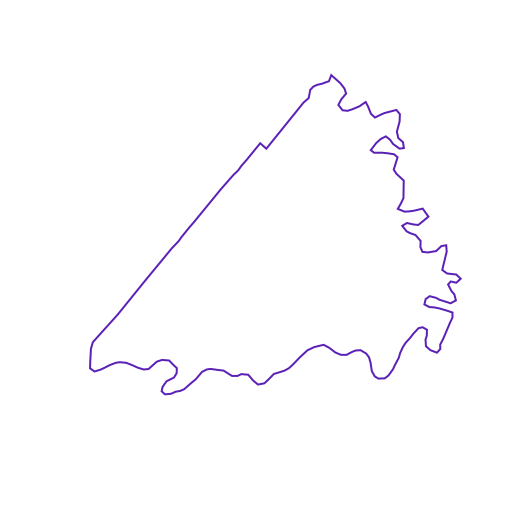 São João do Ivaí, Paraná, Brazil (Robinson projection), rotated 164°
{"feature_id": "56859067B54010938488243", "entity_name": "São João do Ivaí", "entity_type": "district", "adm_level": 2, "iso_a3": "BRA", "parent_name": "Brazil", "parent_adm1": "Paraná", "projection": "robinson", "projection_center": [-51.872, -24.002], "detail": "fine", "context": "isolated", "style": "outline", "palette": "violet", "viewbox_px": 512, "rotation_deg": 164, "n_neighbors": 0, "source": "geoboundaries", "source_scale": "gbopen_adm2", "svg_char_len": 2474}
<svg xmlns="http://www.w3.org/2000/svg" viewBox="0 0 512 512"><g transform="rotate(164 256 256)"><path d="M133.8,409.1L137.7,403.9L145.6,403.4L150.1,403.7L154.2,403.0L158.0,400.8L161.9,393.2L168.0,390.4L216.5,356.3L220.9,363.2L238.3,351.1L245.2,346.7L249.4,343.3L255.6,340.0L271.5,329.8L290.8,316.4L307.3,305.0L311.4,302.4L322.6,294.6L326.0,291.8L334.8,286.6L369.3,262.9L405.1,237.8L436.5,218.2L440.2,212.4L444.5,200.0L446.5,193.8L443.1,189.5L436.9,189.6L432.3,190.3L426.9,191.4L420.2,192.0L416.0,191.4L410.2,189.1L405.2,185.3L400.5,181.3L395.1,177.8L390.4,177.0L380.4,181.8L375.0,182.0L368.3,179.5L365.6,174.4L363.0,170.0L364.6,165.2L368.3,161.8L376.6,160.2L381.9,155.9L384.0,152.0L381.6,148.1L375.8,147.0L370.5,147.7L366.1,147.2L361.9,147.7L353.4,151.7L347.9,154.1L339.8,159.5L334.6,160.5L330.8,160.0L324.1,157.0L318.8,154.8L312.1,147.3L306.8,145.8L302.7,146.5L296.2,144.0L293.1,137.1L289.5,131.9L283.1,131.3L278.3,133.7L271.3,137.7L264.4,137.8L259.7,138.0L255.0,139.2L250.2,141.6L241.8,146.5L232.5,151.2L225.0,152.4L215.5,152.0L211.0,147.7L206.5,141.6L201.8,137.7L196.3,136.0L190.2,137.3L186.2,137.7L181.4,136.6L177.0,131.9L175.3,127.6L175.3,121.7L176.4,113.4L175.0,107.5L172.1,104.4L165.9,102.9L161.5,104.7L155.5,109.4L152.7,112.7L146.8,118.8L144.2,123.0L139.9,128.0L136.0,131.4L130.5,134.7L126.1,138.0L119.7,141.8L115.5,141.6L112.0,138.0L113.8,132.3L116.1,128.9L117.5,122.4L114.3,117.4L108.7,113.2L104.5,115.8L103.4,120.0L98.7,125.0L87.8,138.5L84.1,142.7L82.7,147.5L87.0,150.5L93.7,154.8L99.1,157.6L103.4,159.1L107.5,163.0L104.8,167.8L100.1,169.5L94.4,166.1L91.6,163.3L85.5,159.3L82.0,156.9L76.1,158.2L75.9,164.4L77.8,168.5L79.2,175.7L75.8,177.8L70.8,175.1L65.5,177.7L68.6,183.0L77.1,186.5L80.8,191.2L77.5,197.1L71.5,207.6L70.2,213.9L75.1,214.4L81.4,211.1L89.7,212.0L94.9,214.1L95.5,219.2L93.6,225.1L96.9,232.2L101.6,235.5L104.5,238.3L107.1,244.7L101.8,246.1L95.7,242.8L91.4,241.1L79.4,246.3L82.7,255.6L91.6,256.0L96.7,256.7L101.0,257.7L106.7,262.2L102.1,266.7L98.3,271.0L93.2,287.8L98.3,296.2L99.8,301.0L92.7,311.9L95.2,315.7L101.0,318.4L106.5,320.6L114.0,322.7L116.5,326.1L109.2,331.5L103.8,334.1L98.2,335.2L95.1,330.8L93.3,325.8L88.4,319.6L84.1,319.0L83.3,324.9L86.7,330.1L86.3,336.7L80.9,345.7L78.6,352.7L80.8,357.7L93.0,358.0L96.9,357.5L103.5,356.3L106.3,361.0L107.1,368.9L108.1,373.8L115.3,371.4L123.0,370.5L127.9,370.3L132.6,372.2L135.2,378.5L130.7,383.2L124.6,387.3L124.8,392.6L127.3,398.9L133.8,409.1Z" fill="none" stroke="#5b21b6" stroke-width="2"/></g></svg>